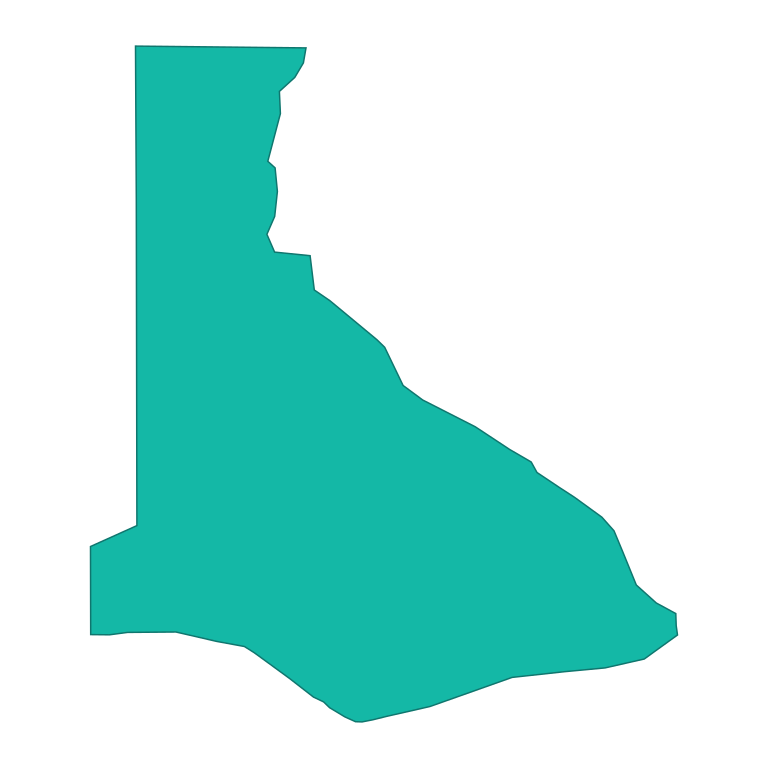 Tassara, Tahoua, Niger
{"feature_id": "23599985B43997741220428", "entity_name": "Tassara", "entity_type": "district", "adm_level": 2, "iso_a3": "NER", "parent_name": "Niger", "parent_adm1": "Tahoua", "projection": "orthographic", "projection_center": [5.154, 17.489], "detail": "fine", "context": "isolated", "style": "filled", "palette": "teal", "viewbox_px": 768, "rotation_deg": 0, "n_neighbors": 0, "source": "geoboundaries", "source_scale": "gbopen_adm2", "svg_char_len": 845}
<svg xmlns="http://www.w3.org/2000/svg" viewBox="0 0 768 768"><path d="M430.0,706.5L512.1,677.4L564.4,671.7L605.1,667.9L644.3,659.0L654.2,651.8L677.5,635.0L676.2,625.6L675.8,613.6L656.3,603.0L636.3,585.0L623.0,552.4L614.0,530.8L601.9,517.2L574.5,497.3L558.8,487.1L537.0,472.5L531.2,462.0L509.7,449.5L475.3,426.8L422.7,400.0L403.1,385.5L384.7,347.3L376.9,339.7L329.9,300.7L314.3,290.0L310.1,255.7L274.6,252.1L266.9,234.3L274.7,216.4L277.4,191.5L275.1,167.9L267.8,161.3L280.4,113.6L279.4,91.4L294.8,77.4L303.4,62.9L306.0,47.9L135.5,46.1L136.3,199.0L136.9,525.6L90.5,546.5L90.7,634.6L109.5,634.8L127.6,632.4L175.9,632.0L216.6,641.4L244.4,646.5L254.2,652.7L268.9,663.4L289.3,678.3L313.5,697.1L323.6,701.9L329.6,707.7L344.9,716.9L355.5,721.7L362.1,721.9L372.8,719.8L386.5,716.4L430.0,706.5Z" fill="#14b8a6" stroke="#0f766e" stroke-width="1.5"/></svg>